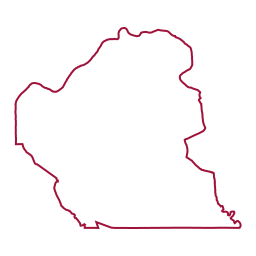 outline of Foundiougne, Fatick, Senegal
{"feature_id": "50182788B85341589150678", "entity_name": "Foundiougne", "entity_type": "district", "adm_level": 2, "iso_a3": "SEN", "parent_name": "Senegal", "parent_adm1": "Fatick", "projection": "orthographic", "projection_center": [-16.407, 13.882], "detail": "fine", "context": "isolated", "style": "outline", "palette": "rose", "viewbox_px": 256, "rotation_deg": 0, "n_neighbors": 0, "source": "geoboundaries", "source_scale": "gbopen_adm2", "svg_char_len": 5706}
<svg xmlns="http://www.w3.org/2000/svg" viewBox="0 0 256 256"><path d="M15.9,144.2L22.5,144.1L23.0,146.2L23.0,146.6L23.7,147.8L24.5,149.5L25.5,150.5L26.5,152.2L28.4,153.4L28.9,153.8L30.9,155.2L31.1,155.5L31.6,155.9L32.5,157.5L33.0,158.7L33.6,160.3L33.9,160.9L34.4,162.3L35.1,163.6L36.3,164.3L37.3,164.4L56.4,178.1L56.4,178.7L57.0,180.0L57.3,180.4L57.8,180.5L57.9,181.5L56.9,181.6L56.4,181.9L55.8,182.5L55.3,183.6L54.2,187.9L54.3,188.2L54.7,190.0L56.3,194.3L56.5,195.0L59.5,200.6L60.0,202.3L60.5,203.0L60.9,204.7L61.3,205.6L61.7,206.3L62.1,206.4L63.1,207.4L63.4,207.9L66.0,209.7L67.7,210.2L68.5,210.5L69.3,211.0L69.6,210.9L71.7,213.3L71.8,213.5L73.8,214.1L74.3,214.5L74.9,215.2L74.4,216.3L74.6,216.7L74.8,217.7L75.1,218.0L75.4,217.8L75.7,218.1L76.3,218.2L76.6,218.9L78.1,220.4L78.6,221.4L80.1,223.3L80.3,224.6L80.4,225.2L80.6,225.7L81.5,225.6L82.0,225.4L82.6,225.3L84.3,224.2L85.0,224.8L84.7,225.1L84.7,225.6L84.7,227.9L96.5,227.9L98.3,228.0L96.3,222.1L111.2,227.6L114.0,227.9L133.5,228.0L182.2,227.7L211.4,227.9L221.0,227.7L239.2,227.9L239.5,227.6L239.9,227.5L240.6,225.8L240.6,224.9L240.1,223.1L238.6,221.5L237.9,221.0L237.4,221.0L236.8,221.2L236.1,221.7L235.6,222.5L234.8,223.2L234.5,222.9L234.1,222.0L234.1,221.3L233.7,220.6L231.1,218.9L230.8,218.4L230.7,217.9L232.7,216.1L233.1,215.6L233.5,214.8L234.3,213.3L234.3,212.7L234.2,211.9L233.7,211.5L233.3,211.5L231.2,211.7L230.7,211.9L230.5,212.4L230.5,212.9L230.3,214.1L229.9,214.9L229.3,215.4L228.6,215.3L228.0,215.0L228.1,214.4L228.0,213.7L228.0,213.2L227.3,212.2L226.4,211.8L225.9,211.7L224.5,211.7L223.8,211.9L222.9,211.7L222.5,211.5L222.1,210.9L223.3,209.5L223.5,209.0L222.7,206.5L222.3,206.0L221.9,206.0L220.9,206.4L220.8,206.2L220.5,206.0L220.1,205.6L219.1,204.3L218.7,204.2L218.2,203.8L217.9,203.3L217.8,202.6L217.8,202.2L217.5,201.5L217.1,200.3L216.7,200.0L216.6,198.2L216.7,197.7L216.5,197.0L216.0,196.1L215.7,195.8L215.6,195.3L215.6,194.0L215.5,193.4L215.3,193.1L215.2,191.3L215.3,190.9L215.4,190.4L215.2,190.0L215.2,188.8L215.1,188.5L215.0,188.1L215.1,187.3L215.1,186.9L214.8,185.5L214.9,184.7L214.8,183.7L214.9,183.3L214.9,183.0L214.7,182.8L214.9,182.1L214.8,181.7L214.7,180.2L214.5,178.5L214.1,177.9L214.0,175.7L213.7,173.9L213.8,173.4L213.8,173.2L213.1,172.7L212.5,172.5L212.2,172.6L212.1,172.3L211.6,172.3L210.9,172.0L210.0,171.9L209.7,171.6L208.5,171.5L207.4,171.2L205.8,170.8L205.2,170.7L204.8,170.5L204.2,170.6L203.1,170.0L201.8,169.9L201.4,169.6L201.0,169.4L201.0,169.2L199.5,168.4L197.9,166.8L197.5,166.6L196.2,165.4L195.8,165.2L195.0,164.3L194.1,163.1L193.0,162.1L191.9,160.6L191.5,160.5L190.9,160.1L189.8,159.3L186.5,157.2L187.5,151.7L187.4,149.1L186.9,146.5L186.5,145.5L186.4,144.7L185.8,143.8L185.3,142.6L184.7,139.8L185.7,139.2L187.4,138.7L194.2,135.4L199.2,133.2L203.3,131.0L204.4,129.8L205.1,128.5L205.3,127.8L205.1,127.5L203.6,123.9L202.9,120.8L202.8,118.7L202.5,117.3L202.5,114.9L202.2,113.6L202.3,112.8L201.8,110.9L201.4,106.2L201.4,105.3L201.1,104.6L201.3,104.0L200.2,102.6L199.9,101.8L198.9,100.5L199.0,99.7L199.3,99.2L199.9,98.8L200.6,98.1L199.7,96.7L199.5,95.4L199.5,94.2L200.2,92.3L199.8,91.8L198.9,91.2L197.9,90.1L192.3,88.3L191.4,87.7L190.7,87.5L189.8,87.6L187.9,87.0L187.7,86.7L186.5,85.9L185.3,84.6L183.0,82.7L181.8,81.5L180.8,80.4L180.2,79.3L179.9,78.5L179.9,76.0L180.6,75.1L182.6,73.2L185.3,71.7L185.9,71.1L186.8,70.7L187.5,70.2L188.4,69.9L188.9,69.5L189.4,69.3L190.0,69.0L191.0,67.5L191.3,66.8L191.8,66.1L191.9,65.5L192.3,64.8L192.2,63.0L192.3,61.4L192.1,60.3L192.1,58.7L191.9,58.2L192.1,57.2L192.0,56.2L191.8,55.2L191.7,52.1L191.4,51.3L191.2,49.8L190.6,48.0L190.2,47.3L187.9,45.7L187.5,45.2L186.8,44.6L186.0,44.3L184.8,43.4L184.3,42.9L184.1,42.3L183.3,41.6L182.3,40.9L181.8,40.3L181.3,40.0L180.7,39.5L179.9,38.9L179.2,38.5L178.4,38.3L176.3,37.3L175.5,37.2L175.3,36.8L175.1,36.0L174.3,35.9L173.3,35.7L172.3,35.2L170.7,34.0L169.4,32.6L168.2,31.6L166.8,31.0L160.8,30.4L158.2,29.8L154.4,31.2L153.9,31.5L152.8,31.8L152.1,32.3L150.7,32.6L148.9,32.6L146.9,32.1L145.4,31.9L142.2,32.3L141.6,32.7L141.0,33.3L140.9,33.2L139.8,35.0L139.0,35.8L136.7,36.2L133.4,35.4L132.7,35.1L131.3,34.7L130.3,34.3L129.4,33.5L128.8,33.2L127.8,31.7L127.4,30.4L126.1,28.6L124.6,28.0L123.7,28.0L122.7,28.2L121.6,28.5L121.0,28.8L120.2,29.9L119.1,31.2L118.5,33.2L118.6,34.2L118.6,35.3L118.7,37.7L118.1,38.7L117.7,39.1L116.2,39.1L115.5,39.1L114.8,38.9L114.1,38.9L113.4,39.2L112.5,39.1L111.4,39.2L110.9,39.0L110.2,39.2L109.4,39.2L108.6,39.5L107.8,39.5L105.8,40.4L105.2,40.8L103.5,41.6L102.0,43.3L100.8,45.8L99.8,47.3L98.7,48.8L98.2,49.6L97.5,51.4L96.9,52.2L96.5,52.7L95.9,53.1L95.5,53.8L94.1,55.7L93.4,56.1L92.3,57.4L91.8,58.2L90.1,60.4L89.4,60.9L88.8,61.6L87.6,62.7L85.7,63.8L85.2,64.2L83.1,65.2L82.2,65.3L81.4,65.5L80.9,65.8L80.2,65.9L79.8,66.5L78.9,66.7L78.0,67.0L77.6,67.5L75.8,68.3L75.3,68.8L74.7,69.2L74.0,69.8L73.7,70.4L73.1,70.8L72.8,71.4L71.1,73.3L70.9,73.9L69.1,76.3L68.1,77.9L66.9,79.6L66.7,80.4L65.7,81.9L64.9,83.3L64.6,84.0L63.9,85.2L63.0,87.0L62.2,87.8L60.8,88.9L57.6,91.2L57.2,91.3L56.3,91.7L55.5,91.8L54.9,91.7L54.2,91.8L53.6,91.5L52.8,91.5L52.3,91.1L51.5,90.8L50.9,90.1L49.8,89.4L48.3,89.0L48.3,88.8L47.2,88.6L46.4,88.0L44.9,87.8L44.4,87.6L44.2,87.4L43.3,86.8L42.3,86.3L41.5,85.4L40.9,84.9L38.9,83.9L35.2,83.0L32.4,83.2L31.6,83.6L30.5,84.6L29.8,85.0L29.0,86.1L28.7,86.9L28.1,87.3L26.0,89.6L22.7,92.6L22.2,92.9L20.9,94.2L20.7,94.6L20.2,94.9L19.9,95.5L18.8,96.8L18.2,97.9L17.2,99.3L17.0,99.8L16.3,100.9L16.0,102.1L15.5,104.3L15.7,104.6L15.6,106.0L15.7,106.5L15.6,110.1L15.4,111.6L15.5,112.9L15.5,113.9L15.7,114.8L15.8,117.0L15.6,119.3L15.8,120.1L15.9,121.1L15.8,122.2L15.9,123.7L15.9,125.4L15.7,126.0L15.7,126.5L15.8,130.3L15.7,133.8L15.9,134.7L15.8,136.4L16.0,137.6L15.9,144.2Z" fill="none" stroke="#9f1239" stroke-width="2"/></svg>